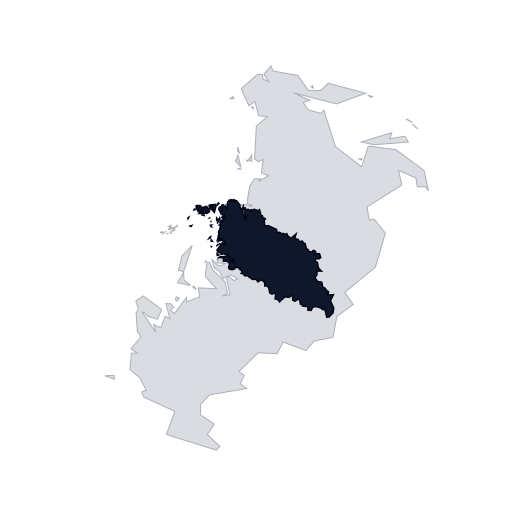 location of Krasnoyarsk within Russia, rotated 304°
{"feature_id": "RUS-2603", "entity_name": "Krasnoyarsk", "entity_type": "Territory", "adm_level": 1, "iso_a3": "RUS", "parent_name": "Russia", "parent_adm1": "", "projection": "orthographic", "projection_center": [95.961, 66.535], "detail": "fine", "context": "in_parent", "style": "filled", "palette": "ink", "viewbox_px": 512, "rotation_deg": 304, "n_neighbors": 0, "source": "natural_earth", "source_scale": "10m", "svg_char_len": 9882}
<svg xmlns="http://www.w3.org/2000/svg" viewBox="0 0 512 512"><g transform="rotate(304 256 256)"><path d="M420.9,347.5L406.5,362.5L408.0,357.5L403.5,351.1L410.1,344.9L406.7,326.4L396.4,337.2L358.8,320.6L349.1,329.7L352.6,333.3L347.4,350.4L313.5,361.2L275.5,349.9L270.2,363.7L251.3,356.9L231.6,365.2L218.0,351.8L205.5,350.2L199.8,326.6L186.9,328.2L176.9,311.8L150.7,306.4L150.4,313.0L141.4,314.5L140.9,322.4L115.0,295.2L101.8,292.8L93.2,299.1L93.3,315.3L80.8,315.5L77.9,332.4L72.9,331.8L57.9,281.6L81.8,275.6L76.3,241.7L79.4,237.2L83.4,240.1L90.0,227.8L91.5,214.8L105.8,207.1L109.1,211.9L109.1,204.3L124.8,205.8L127.0,199.9L141.7,188.5L146.5,188.0L151.4,181.6L159.8,184.7L158.9,207.7L148.4,209.7L145.6,200.1L146.5,195.4L145.8,193.2L136.5,215.5L142.0,209.5L143.2,217.3L155.3,214.4L155.8,219.7L166.3,207.8L168.9,212.6L167.4,216.4L163.0,215.4L162.7,220.5L182.8,221.6L179.2,224.2L190.5,232.1L197.3,226.0L206.8,241.5L210.7,225.2L223.3,219.1L224.9,221.2L220.5,227.3L217.2,245.0L209.0,253.3L203.9,250.3L209.2,256.1L221.1,244.0L224.0,244.3L223.3,251.5L226.7,253.7L226.2,245.5L219.1,241.2L223.0,233.9L222.6,228.2L228.4,221.7L226.9,230.9L231.0,234.3L232.4,234.6L228.7,227.5L233.8,226.1L241.0,232.0L237.8,238.1L238.9,241.4L241.7,232.3L239.2,220.3L248.8,225.0L250.9,221.1L248.9,215.8L251.2,213.1L270.0,210.2L268.8,206.3L274.9,198.4L290.3,206.0L280.9,227.0L288.0,218.2L292.5,217.6L294.5,223.7L295.1,224.6L295.7,224.6L294.7,219.0L310.4,211.7L318.9,211.4L322.4,216.4L319.0,216.2L329.4,221.5L328.0,214.0L340.0,207.9L335.6,205.1L335.5,200.7L363.8,183.7L377.8,187.4L373.8,179.8L383.5,168.7L376.6,166.0L386.4,150.2L407.7,155.8L409.8,160.0L406.6,162.9L407.7,169.0L411.0,161.0L422.0,162.3L418.9,166.7L429.1,189.8L422.5,206.7L429.5,217.3L439.7,219.3L452.2,255.9L427.0,237.6L412.2,195.6L415.3,213.6L409.6,209.3L406.4,217.4L410.6,230.4L414.8,230.7L391.2,260.6L389.0,293.7L409.9,287.6L422.4,312.6L420.9,347.5ZM229.2,197.2L202.7,204.7L200.8,199.7L214.6,194.6L229.2,197.2ZM409.5,279.5L434.2,299.6L428.1,301.5L438.6,312.5L435.7,318.5L414.1,291.5L409.5,279.5ZM190.0,206.0L202.1,205.0L195.9,209.7L195.0,218.1L190.0,206.0ZM321.4,193.7L323.1,185.9L329.5,184.6L321.4,193.7ZM263.8,185.3L269.3,191.7L261.7,188.7L263.8,185.3ZM262.4,179.8L266.6,181.8L260.4,183.6L262.4,179.8ZM271.0,189.3L275.8,193.2L268.9,197.1L271.0,189.3ZM331.7,185.1L332.9,181.8L336.2,180.1L331.7,185.1ZM72.2,197.7L77.7,205.1L74.6,207.6L72.2,197.7ZM223.8,166.6L226.3,167.5L221.2,165.8L223.8,166.6ZM331.9,196.1L337.3,196.1L332.0,199.6L331.9,196.1ZM178.1,216.0L174.3,216.0L174.6,213.8L177.5,212.7L178.1,216.0ZM228.5,168.4L230.9,168.9L231.0,170.5L228.5,168.4ZM234.6,172.6L232.3,174.1L231.4,172.4L232.7,171.4L234.6,172.6ZM236.3,174.1L234.8,172.8L237.5,173.6L236.3,174.1ZM196.3,220.9L194.9,225.4L194.7,221.2L196.3,220.9ZM262.5,186.4L260.7,187.6L259.7,185.8L262.5,186.4ZM231.4,167.0L233.9,168.1L232.1,168.8L231.4,167.0ZM375.2,147.5L374.3,149.6L372.2,146.8L375.2,147.5ZM223.4,164.1L224.0,165.8L221.5,163.4L223.4,164.1ZM224.1,217.8L221.2,217.1L224.3,217.5L224.1,217.8ZM290.0,214.4L291.8,216.7L289.4,215.8L290.0,214.4ZM377.3,168.4L377.7,170.8L376.5,171.4L377.3,168.4ZM229.8,173.1L229.3,171.6L230.6,173.5L229.8,173.1ZM232.5,169.2L232.1,171.0L231.5,169.2L232.5,169.2ZM453.4,303.9L454.1,306.4L453.9,311.0L453.4,303.9ZM228.1,171.6L227.8,173.4L227.0,172.5L228.1,171.6ZM233.8,225.5L231.3,226.0L230.9,225.7L233.8,225.5ZM428.9,207.8L427.3,209.7L427.2,207.0L428.9,207.8ZM330.2,194.6L330.9,196.6L329.5,195.8L330.2,194.6ZM394.0,287.2L396.1,289.4L394.5,289.8L394.0,287.2ZM451.8,258.6L453.3,263.3L452.1,263.1L451.8,258.6ZM226.2,170.7L224.9,170.3L224.9,169.6L226.2,170.7ZM236.1,222.4L235.1,224.2L234.9,223.5L236.1,222.4ZM319.5,193.1L319.5,194.8L318.1,192.4L319.5,193.1ZM451.7,317.6L452.9,311.9L452.0,318.2L451.7,317.6Z" fill="#d9dde1" stroke="#a8b0b8" stroke-width="1"/><path d="M233.8,226.1L235.6,226.7L238.5,231.5L241.3,232.0L240.5,233.7L238.9,234.2L238.5,237.2L237.6,238.2L237.6,240.5L237.7,238.2L239.7,236.1L239.9,237.5L238.2,240.7L239.0,241.5L239.0,240.0L240.7,239.4L240.3,235.5L241.8,232.7L239.8,229.4L240.1,228.4L237.9,226.2L238.7,223.8L238.0,222.4L238.7,222.3L238.3,221.6L239.1,220.3L250.2,220.7L247.7,222.6L247.6,223.5L248.9,225.7L247.7,222.9L250.1,222.2L251.1,220.7L248.7,217.6L250.9,217.9L249.9,216.8L250.3,216.6L248.8,215.9L249.5,214.9L250.6,216.3L250.4,215.7L251.6,214.5L251.3,214.2L252.3,214.1L251.2,213.1L252.6,213.7L254.8,211.5L255.5,212.0L255.9,211.2L258.3,211.1L258.6,210.5L259.5,210.5L261.3,210.0L262.2,209.5L260.3,209.3L262.0,208.8L261.6,208.3L265.8,209.4L265.5,209.9L268.8,207.5L270.2,208.7L270.1,210.3L270.4,208.4L268.8,206.2L273.6,206.5L271.6,205.7L272.0,204.4L271.4,203.8L274.0,198.9L275.9,198.4L278.2,200.0L275.6,202.1L280.2,202.3L279.2,205.0L285.2,202.2L287.1,203.5L286.8,204.4L288.1,204.1L287.9,204.7L288.5,205.1L288.3,205.7L288.9,204.3L289.9,206.5L290.4,206.3L290.5,208.2L290.4,207.5L289.6,207.6L289.6,207.4L288.6,206.9L288.3,207.0L291.0,208.9L289.4,213.9L286.5,216.7L287.1,216.7L284.9,221.1L283.5,221.5L280.8,227.0L284.2,226.0L282.4,224.9L289.5,219.8L289.9,220.1L288.7,221.8L290.4,223.5L290.3,225.1L291.9,226.4L291.7,227.2L293.7,228.2L294.8,232.4L296.4,233.0L292.4,237.7L293.0,238.8L291.4,240.5L292.1,241.5L291.9,243.1L289.9,243.0L286.0,246.4L288.1,249.4L289.5,258.2L286.9,260.6L288.6,261.7L289.1,265.3L290.1,266.2L290.3,268.2L291.8,269.0L289.9,272.2L290.6,273.1L289.6,274.9L296.7,276.9L292.7,278.0L292.7,281.0L293.4,281.6L292.1,283.7L294.3,286.1L293.3,288.2L293.8,289.6L289.9,294.3L290.6,295.2L289.4,297.4L290.3,299.9L292.8,300.4L293.2,302.8L291.2,304.0L293.4,307.3L291.0,310.5L289.1,310.0L287.1,307.1L284.8,307.8L285.0,310.5L281.0,314.5L280.1,318.8L277.6,315.0L274.3,317.2L271.1,316.8L269.3,321.4L271.1,325.1L267.5,328.9L268.0,331.5L266.9,333.3L266.9,336.2L263.8,337.3L267.3,341.8L260.5,342.8L256.4,349.4L252.1,351.7L246.1,350.6L244.8,348.9L250.2,342.9L248.9,341.5L249.1,338.3L247.5,333.9L245.2,331.6L241.8,332.2L240.1,329.4L243.1,327.2L240.4,322.7L241.3,322.0L240.9,319.6L243.9,316.9L244.0,315.2L240.3,313.6L239.9,311.3L243.0,308.6L242.6,306.9L240.4,306.8L238.4,302.9L231.0,301.1L232.1,298.9L231.1,295.8L236.5,293.0L233.3,290.5L233.0,288.2L236.7,284.3L237.5,281.9L236.0,280.3L238.9,277.8L239.3,273.7L235.6,272.2L236.7,268.8L234.7,266.5L234.5,264.9L235.2,264.3L234.5,262.5L235.1,260.5L233.2,257.5L234.2,256.0L233.3,253.4L234.7,253.6L235.9,251.7L235.7,249.9L237.1,249.7L236.2,248.5L236.5,246.5L235.3,246.1L235.3,244.5L233.5,245.6L231.5,244.2L230.3,241.7L230.4,240.6L231.7,239.3L234.8,238.6L235.2,237.1L235.4,234.7L233.4,232.0L236.3,229.8L233.8,226.1ZM269.2,191.3L266.5,192.7L263.5,191.3L263.0,188.8L262.3,188.9L262.6,188.1L261.8,189.0L261.4,188.3L263.5,186.9L263.0,186.4L263.8,185.2L266.5,184.8L267.0,185.5L266.1,187.5L267.5,185.5L269.1,186.7L268.9,189.7L268.2,189.8L269.2,191.3ZM264.6,178.4L266.7,181.7L265.9,182.0L266.3,183.9L266.0,184.5L263.3,185.1L262.5,185.8L260.8,184.7L262.1,184.0L260.3,183.9L261.5,183.5L260.8,183.1L261.7,182.8L262.2,181.2L261.5,181.3L262.1,180.0L264.4,178.8L264.0,178.5L264.6,178.4ZM275.9,193.2L275.4,194.8L268.9,197.1L269.9,192.9L270.8,192.8L270.4,192.5L270.4,191.5L270.6,191.2L271.2,191.5L271.2,191.4L270.5,191.1L270.6,190.2L271.7,188.8L272.7,189.4L272.2,192.3L273.3,190.1L275.9,193.2ZM259.6,185.3L262.6,186.4L261.7,187.4L260.5,187.6L261.0,187.3L259.6,185.3ZM290.1,217.6L287.6,220.4L287.1,219.7L287.6,218.3L290.1,217.6ZM236.3,224.5L235.9,224.7L234.8,223.6L236.2,222.4L236.3,224.5ZM260.8,179.0L260.4,179.6L259.3,178.8L259.5,178.6L260.8,179.0ZM249.4,178.2L250.4,178.6L248.9,178.8L249.4,178.2ZM245.3,185.7L244.3,185.7L244.3,185.3L243.9,185.0L243.9,184.5L245.3,185.7ZM265.8,207.6L265.3,208.6L263.8,207.9L263.9,207.5L265.8,207.6ZM265.5,202.1L265.2,203.4L263.8,203.3L264.1,203.0L265.5,202.1ZM244.5,209.7L243.8,211.6L243.3,210.4L244.5,209.7ZM279.1,195.3L278.9,195.9L277.5,195.6L278.6,195.1L279.1,195.3ZM256.1,201.0L256.7,201.7L255.8,201.5L256.1,201.0ZM239.2,239.8L240.5,237.8L239.8,239.5L239.2,239.8ZM251.1,214.1L250.5,214.6L250.8,215.1L249.8,214.4L251.1,214.1ZM286.6,202.8L287.0,202.4L287.7,203.0L287.6,203.5L286.6,202.8ZM277.7,194.5L277.2,195.3L276.9,195.2L277.7,194.5ZM244.2,217.9L244.8,218.4L243.5,218.1L244.2,217.9ZM255.7,202.0L255.4,202.9L255.1,202.3L255.3,202.0L255.7,202.0ZM248.8,216.3L249.4,216.7L248.5,216.8L248.8,216.3ZM247.9,216.1L248.5,216.6L247.7,216.3L247.9,216.1ZM246.6,207.6L246.0,207.7L245.2,207.2L245.8,207.1L246.6,207.6ZM279.6,199.8L280.1,200.3L279.5,200.6L279.6,199.8ZM265.2,205.0L265.3,205.5L264.7,205.6L265.2,205.0ZM243.0,217.7L243.4,218.1L242.8,217.8L243.0,217.7ZM265.9,209.0L266.8,208.5L265.9,209.2L265.9,209.0ZM266.4,207.4L266.3,207.8L265.9,208.1L265.9,207.9L266.1,207.1L266.4,207.4ZM238.9,213.6L239.0,214.5L238.6,213.8L238.9,213.6ZM248.8,215.3L247.9,215.0L248.6,214.8L248.8,215.3ZM247.3,216.4L246.7,216.6L246.9,217.0L246.5,216.5L247.3,216.4ZM246.0,219.0L246.0,219.4L245.2,218.9L246.0,219.0ZM263.1,207.9L263.2,208.1L262.6,207.9L263.1,207.9ZM249.0,221.9L249.5,222.1L248.8,222.1L249.0,221.9ZM278.9,199.4L278.7,199.9L278.4,199.9L278.6,199.4L278.9,199.4ZM263.7,205.0L263.9,205.3L263.2,205.3L263.7,205.0ZM269.1,187.5L269.4,187.6L269.0,188.0L269.1,187.5ZM260.2,189.1L261.0,189.0L260.7,189.3L260.2,189.1ZM266.8,205.0L267.1,205.6L266.6,205.1L266.8,205.0ZM244.3,207.2L245.1,207.7L244.2,207.2L244.3,207.2ZM264.1,205.0L264.6,205.1L264.2,205.4L264.1,205.0ZM261.6,189.1L261.3,189.3L261.1,189.1L261.3,189.0L261.6,189.1ZM262.3,196.5L262.0,196.5L261.9,196.4L262.3,196.5ZM263.1,185.7L262.9,185.9L262.7,186.0L262.8,185.7L263.1,185.7ZM288.9,203.6L288.5,203.7L288.9,203.6ZM260.6,190.7L261.1,191.1L260.6,190.8L260.6,190.7ZM267.1,204.6L266.8,204.9L266.4,204.7L267.1,204.6ZM259.7,199.4L259.9,199.6L259.6,199.5L259.7,199.4ZM265.4,207.2L265.9,207.1L265.4,207.2ZM262.0,205.5L262.6,205.8L261.9,205.7L262.0,205.5ZM259.6,188.3L260.0,188.9L259.2,188.1L259.6,188.3ZM263.6,207.8L263.7,208.2L263.4,208.1L263.6,207.8ZM277.7,200.8L277.7,200.5L277.9,200.6L277.7,200.8Z" fill="#0f172a" stroke="#020617" stroke-width="1.5"/></g></svg>